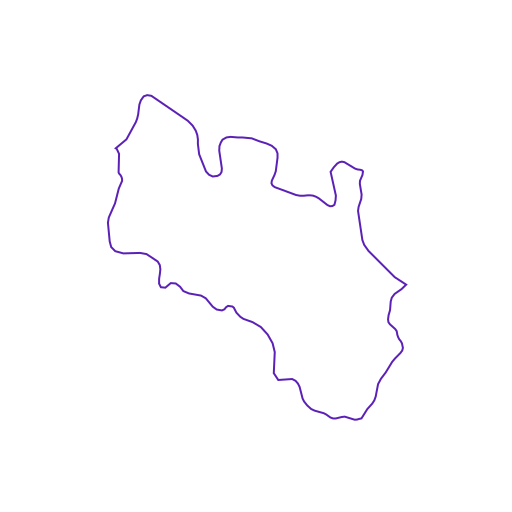 the County of Satu Mare, rotated 248°
{"feature_id": "ROU-301", "entity_name": "Satu Mare", "entity_type": "County", "adm_level": 1, "iso_a3": "ROU", "parent_name": "Romania", "parent_adm1": "", "projection": "equal_earth", "projection_center": [22.899, 47.706], "detail": "fine", "context": "isolated", "style": "outline", "palette": "violet", "viewbox_px": 512, "rotation_deg": 248, "n_neighbors": 0, "source": "natural_earth", "source_scale": "10m", "svg_char_len": 2376}
<svg xmlns="http://www.w3.org/2000/svg" viewBox="0 0 512 512"><g transform="rotate(248 256 256)"><path d="M168.9,238.7L178.8,237.4L188.3,233.9L195.9,228.1L202.4,220.8L205.5,218.7L210.8,216.6L216.4,216.1L218.0,215.2L220.2,211.4L219.7,209.0L218.4,206.8L218.3,204.0L221.1,199.5L225.2,196.9L235.6,193.6L239.9,190.2L246.4,179.8L250.7,175.5L255.9,174.1L260.6,171.3L262.8,166.8L260.6,160.1L262.7,156.1L266.7,155.8L271.3,157.7L275.3,160.1L279.4,162.3L283.6,163.4L287.7,162.8L298.8,155.2L302.3,149.6L308.1,134.0L313.2,127.3L318.5,125.1L324.3,125.8L342.4,131.2L346.9,134.0L357.6,145.0L370.0,154.1L375.8,160.0L377.7,160.7L379.6,160.9L381.6,160.7L383.6,160.0L384.0,159.9L384.4,159.9L384.8,159.9L385.2,160.0L402.0,167.3L407.4,167.0L408.4,166.3L412.7,179.6L425.1,194.7L427.8,197.2L431.3,199.7L440.1,204.6L443.5,207.6L446.1,211.7L445.9,215.4L443.7,219.0L407.0,243.4L400.6,246.1L394.7,247.1L390.2,246.9L385.8,245.8L381.7,244.1L371.6,241.4L353.1,241.3L348.9,242.9L345.9,245.7L344.7,250.3L345.1,253.2L346.8,255.5L349.8,257.1L367.5,261.4L371.6,263.3L374.4,265.9L376.4,268.5L377.0,273.0L376.0,277.0L372.8,283.4L371.1,287.6L366.7,296.1L361.1,302.1L356.4,307.9L352.3,311.9L347.5,314.4L343.1,314.4L339.1,312.8L327.2,306.1L324.3,303.6L319.9,298.9L317.7,297.6L315.4,297.7L312.9,299.1L297.6,315.9L295.5,319.2L294.0,322.8L293.0,326.3L291.9,329.1L290.6,331.5L288.5,333.8L286.0,335.8L276.5,341.3L274.4,343.3L273.7,345.5L274.1,347.9L277.8,350.6L282.1,352.7L306.1,356.7L309.2,361.5L311.3,365.9L311.7,368.6L311.3,371.0L309.9,373.1L299.9,380.6L298.2,382.6L297.0,384.8L295.9,386.3L294.4,386.9L291.3,385.1L286.8,380.6L284.0,379.3L273.3,376.9L269.4,374.9L263.2,369.6L259.6,367.5L230.9,360.6L225.8,360.5L218.6,362.2L184.4,376.7L173.2,384.5L170.8,378.6L168.9,370.3L166.5,366.3L163.4,363.9L155.6,360.0L151.5,356.8L147.8,354.7L145.0,354.0L142.5,354.6L136.2,357.7L133.6,358.3L129.9,357.5L127.5,357.4L125.1,357.6L122.9,358.3L120.3,358.6L115.8,357.8L113.6,356.2L112.0,353.6L109.0,346.7L106.9,342.7L99.4,332.6L95.4,325.9L91.5,321.2L80.8,314.3L77.8,311.6L75.6,308.5L72.4,301.9L67.1,294.6L65.9,292.9L66.3,290.7L66.5,288.3L67.3,286.1L73.8,278.1L74.6,275.2L75.5,269.0L76.5,266.6L78.4,264.5L82.8,261.7L84.8,260.0L90.6,252.5L93.5,249.8L98.3,247.5L103.0,246.1L106.3,245.8L118.3,247.4L122.0,247.1L125.5,245.9L128.4,243.4L132.7,230.2L140.7,228.6L159.9,237.4L168.9,238.7Z" fill="none" stroke="#5b21b6" stroke-width="2"/></g></svg>